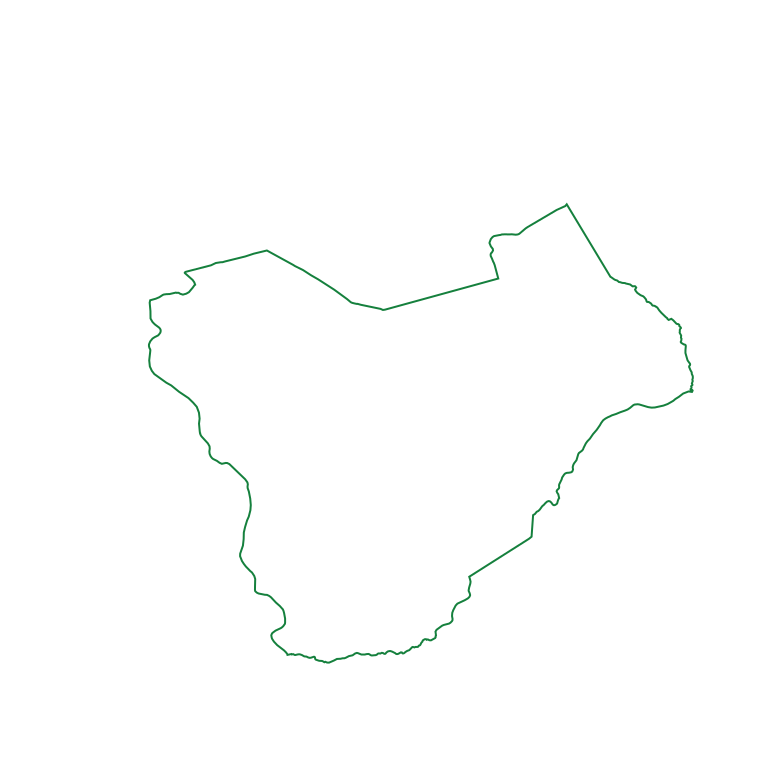 Tambara, Manica, Mozambique, rotated 227°
{"feature_id": "85939544B86118750013731", "entity_name": "Tambara", "entity_type": "district", "adm_level": 2, "iso_a3": "MOZ", "parent_name": "Mozambique", "parent_adm1": "Manica", "projection": "orthographic", "projection_center": [34.041, -16.98], "detail": "fine", "context": "isolated", "style": "outline", "palette": "green", "viewbox_px": 768, "rotation_deg": 227, "n_neighbors": 0, "source": "geoboundaries", "source_scale": "gbopen_adm2", "svg_char_len": 6154}
<svg xmlns="http://www.w3.org/2000/svg" viewBox="0 0 768 768"><g transform="rotate(227 384 384)"><path d="M604.7,270.1L603.3,268.1L596.6,262.9L591.1,257.9L587.3,257.0L585.5,257.0L583.6,257.1L578.6,258.0L577.0,257.9L575.7,257.4L574.7,256.4L574.1,255.4L573.7,253.3L573.6,251.9L574.7,248.1L575.1,245.7L574.6,242.1L573.3,239.2L572.1,238.0L570.5,237.1L568.7,236.6L567.8,235.9L561.4,228.4L556.5,224.7L552.0,223.2L547.9,222.8L533.4,225.7L528.1,227.4L518.1,228.8L507.0,231.4L500.4,231.7L495.0,231.5L489.2,229.1L484.4,225.5L481.2,221.7L475.1,217.0L473.7,216.0L473.3,216.0L473.0,215.6L471.3,215.0L470.1,214.8L460.7,214.7L457.4,213.9L455.6,212.5L453.7,210.2L451.8,208.8L449.3,207.9L447.2,207.7L445.7,207.9L441.7,209.4L438.5,210.0L436.2,211.0L434.2,214.4L433.2,215.4L430.9,216.3L409.0,217.5L405.2,217.0L403.5,216.0L402.2,214.4L400.9,213.3L397.5,211.8L391.4,208.0L386.3,204.0L382.8,200.2L379.2,194.6L377.6,190.8L374.1,184.8L371.0,180.2L366.3,175.6L362.0,170.6L358.0,163.1L356.2,161.3L351.4,159.4L348.0,158.8L344.7,158.5L338.4,158.6L336.2,158.9L332.1,158.2L329.2,156.8L323.7,151.4L321.3,149.1L320.2,148.5L318.1,148.7L316.3,149.4L311.0,153.2L309.6,154.6L307.3,155.5L305.1,155.9L297.9,155.9L292.7,156.4L288.0,156.3L286.5,155.7L284.6,154.7L279.9,151.7L277.0,149.0L276.2,148.0L275.6,145.2L275.6,143.4L275.8,142.1L277.6,136.5L278.0,132.8L277.9,131.9L277.1,130.2L275.1,128.9L274.0,128.4L270.7,127.8L265.9,127.8L257.4,129.2L254.4,129.3L252.1,129.0L251.7,128.7L249.6,132.2L249.1,132.1L248.3,133.4L246.9,133.8L246.3,134.3L244.8,136.9L244.1,137.7L243.5,138.2L241.8,139.1L239.2,139.9L237.5,141.4L235.6,142.1L234.4,142.9L233.7,143.8L232.3,146.8L231.7,147.1L231.1,147.0L229.9,146.2L229.1,146.1L228.4,146.4L225.8,147.8L223.7,149.8L222.8,150.2L221.2,150.6L220.9,151.6L219.1,152.4L217.7,153.8L215.9,158.8L215.0,162.1L212.7,164.8L211.6,166.7L210.4,168.0L209.8,169.5L208.9,172.8L207.0,176.0L206.6,179.1L205.8,180.8L204.9,181.4L201.5,183.0L199.2,185.5L198.5,186.8L197.3,188.4L196.3,189.0L194.8,189.3L193.8,189.9L191.3,193.1L190.9,194.4L191.0,195.4L190.7,196.2L189.3,197.6L189.0,198.9L188.1,199.7L186.7,200.1L186.0,200.6L185.8,201.2L186.0,202.7L185.8,204.4L185.0,205.8L184.3,206.6L182.6,207.5L179.6,208.6L178.3,208.8L177.6,209.3L177.1,210.0L176.8,210.9L176.2,213.4L175.4,214.0L174.7,213.8L174.1,214.0L173.6,214.7L173.4,215.6L173.4,216.8L173.0,218.9L172.1,221.0L172.3,225.3L172.0,225.8L170.6,226.6L170.3,227.6L168.7,229.4L168.6,229.9L168.9,230.9L168.4,232.2L168.5,232.8L169.3,234.9L169.4,236.5L169.9,237.2L170.0,237.6L169.6,239.6L169.1,240.3L168.5,240.8L167.8,240.8L167.6,241.5L167.0,242.0L165.7,242.4L164.5,243.5L163.3,248.2L163.7,249.2L164.4,249.7L164.6,250.5L167.8,252.8L168.4,254.8L167.6,261.7L167.0,263.4L164.4,268.2L164.1,269.9L164.2,272.0L164.5,272.9L165.4,273.9L167.9,275.5L170.1,277.9L171.4,280.5L173.1,285.3L173.3,287.9L170.8,295.6L170.0,299.1L170.0,301.0L170.3,301.9L170.6,302.7L171.4,303.4L173.1,304.2L174.7,304.7L175.4,305.2L177.1,307.5L179.1,310.9L180.4,312.5L182.3,313.6L184.9,314.9L171.9,384.6L171.7,387.8L186.4,403.6L186.0,405.8L186.4,408.5L185.9,410.2L185.9,412.2L186.7,416.3L186.6,419.1L186.8,420.0L186.8,422.5L186.7,423.3L186.0,424.7L184.8,425.4L183.1,425.5L180.9,425.2L179.8,425.4L179.3,425.8L178.8,426.7L178.5,428.3L178.6,429.2L180.2,431.8L181.1,433.9L181.1,434.3L184.6,436.3L185.8,436.4L187.7,437.0L188.3,437.9L188.4,440.8L189.1,441.8L190.3,442.7L191.1,443.7L193.0,448.7L194.1,450.5L194.9,453.8L195.0,455.2L194.7,456.3L194.2,457.3L193.1,458.6L192.3,459.8L191.7,460.9L191.6,462.0L192.5,463.9L194.5,465.3L195.6,467.0L196.3,468.7L197.0,472.8L200.2,478.2L200.6,479.5L200.2,483.2L200.4,484.9L201.2,486.5L202.9,491.1L203.4,493.6L203.6,497.3L204.8,502.7L205.4,508.3L206.6,513.8L207.4,516.3L208.0,519.6L207.7,522.3L207.0,525.1L206.3,527.0L205.7,529.2L203.8,533.3L202.2,537.6L200.2,542.1L199.2,544.8L198.7,547.8L198.5,551.9L198.1,553.2L196.2,555.7L195.0,556.7L187.0,561.4L184.3,563.5L182.1,566.1L177.6,573.7L175.9,577.8L174.8,582.4L174.4,584.2L174.3,586.8L173.5,591.0L173.0,596.3L170.9,601.5L170.6,601.9L168.2,603.8L168.5,604.3L168.5,604.9L168.8,605.3L169.4,605.3L170.1,604.4L170.7,604.3L171.2,604.7L171.2,605.7L171.8,606.6L172.9,607.1L172.9,608.8L173.3,609.2L174.4,609.5L175.6,611.8L176.9,612.5L177.7,613.9L179.2,615.2L181.5,616.0L182.7,617.0L184.9,617.5L188.4,618.8L188.9,619.4L189.1,620.6L189.5,621.2L190.1,621.6L194.1,622.1L195.0,622.5L201.1,625.6L203.2,627.6L206.0,630.7L207.0,631.1L207.8,630.8L208.4,630.3L210.9,629.6L211.7,629.5L212.4,629.7L213.0,631.0L214.3,632.5L215.3,632.7L216.8,634.4L219.9,635.2L220.5,636.0L221.9,637.3L222.4,638.6L222.4,639.3L222.9,639.6L224.9,639.5L225.8,640.2L226.5,640.2L227.2,640.0L227.8,639.4L228.8,639.0L233.2,639.0L235.7,638.6L236.7,635.9L238.2,635.7L239.1,636.0L240.8,635.7L246.9,635.4L250.1,635.5L253.4,636.0L254.2,635.9L255.1,635.7L255.4,635.4L256.1,635.4L256.9,635.0L258.1,634.0L258.8,633.9L260.7,634.2L262.9,633.7L263.6,633.4L264.6,632.4L265.3,632.4L267.2,633.3L269.8,633.5L271.3,633.4L274.0,632.2L277.9,631.4L280.6,631.6L281.8,632.0L282.5,634.2L284.0,634.4L284.7,633.9L285.9,632.4L288.9,631.9L292.6,629.4L293.4,629.1L295.5,627.2L297.5,626.1L298.3,625.4L300.7,625.1L302.4,624.1L303.6,623.7L307.1,623.0L308.0,622.7L390.8,640.2L390.5,638.0L393.5,629.1L400.8,596.2L401.2,593.7L401.6,585.3L402.1,583.9L403.3,582.2L406.4,579.5L407.8,577.8L411.4,574.1L411.9,573.4L413.0,572.2L413.6,570.8L414.4,569.7L417.1,565.4L417.4,563.9L417.4,563.1L417.1,560.9L415.5,557.7L415.0,557.2L411.7,556.0L408.6,555.7L407.3,554.8L406.6,552.6L406.6,551.3L406.0,550.3L404.9,549.4L401.8,548.4L398.8,547.2L398.1,547.1L395.4,546.0L383.2,539.5L437.7,435.4L438.9,433.7L441.3,432.7L457.7,421.1L460.7,419.3L460.9,418.9L462.7,417.6L465.0,416.1L466.4,415.5L471.3,414.9L487.0,411.9L505.5,407.2L513.3,404.8L522.5,402.5L531.0,399.3L533.0,398.8L561.5,389.4L568.1,377.7L571.9,369.5L582.0,351.4L583.2,349.0L584.5,347.5L587.2,343.5L588.8,338.4L601.2,315.6L601.4,315.1L601.3,314.2L601.0,314.0L590.6,315.0L587.8,314.6L585.4,313.6L585.5,312.7L584.9,309.8L584.2,304.0L584.9,301.0L586.5,297.9L588.9,296.5L590.8,296.0L592.2,294.4L592.8,294.1L596.1,288.4L597.9,286.4L599.6,284.0L600.0,283.0L600.7,278.9L602.0,275.3L604.7,270.1Z" fill="none" stroke="#15803d" stroke-width="2"/></g></svg>